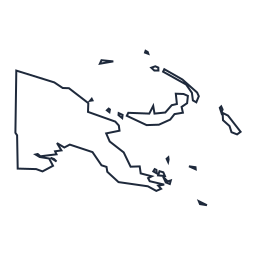 map outline of Papua New Guinea (orthographic projection)
{"feature_id": "PNG", "entity_name": "Papua New Guinea", "entity_type": "country or territory", "adm_level": 0, "iso_a3": "PNG", "parent_name": "Oceania", "parent_adm1": "", "projection": "orthographic", "projection_center": [148.76, -6.492], "detail": "medium", "context": "isolated", "style": "outline", "palette": "slate", "viewbox_px": 256, "rotation_deg": 0, "n_neighbors": 0, "source": "natural_earth", "source_scale": "50m", "svg_char_len": 1879}
<svg xmlns="http://www.w3.org/2000/svg" viewBox="0 0 256 256"><path d="M17.7,168.6L17.1,135.3L15.4,132.8L16.3,70.6L54.3,82.4L62.7,88.0L68.9,88.2L88.3,103.1L88.0,111.9L115.3,121.6L118.8,125.5L119.5,130.7L106.2,133.4L109.7,141.5L123.7,152.4L130.6,166.7L139.7,166.4L140.7,173.4L151.8,176.3L148.1,178.1L149.7,181.2L164.2,184.6L158.2,185.6L161.1,188.8L156.3,190.9L147.9,186.3L118.5,182.1L107.3,171.8L106.5,166.9L101.5,165.3L92.5,152.1L69.8,144.6L64.3,147.5L57.0,143.1L61.4,150.4L55.1,151.3L56.5,154.3L40.4,156.3L37.7,154.0L35.6,154.5L39.7,157.0L49.1,158.5L53.0,165.8L42.5,171.4L36.2,169.1L17.7,168.6ZM175.8,93.7L183.6,94.0L187.9,95.9L187.1,103.2L181.6,106.9L182.9,112.7L174.5,114.1L170.2,119.6L158.9,124.7L146.6,125.1L126.8,115.8L128.3,112.8L149.3,113.6L153.2,105.9L154.5,113.6L165.3,112.5L171.7,105.2L176.9,104.0L175.8,93.7ZM240.6,131.8L237.1,134.4L231.5,132.2L229.5,126.0L223.0,120.2L222.6,112.9L228.0,115.6L240.6,131.8ZM196.3,102.3L192.9,100.4L191.9,92.8L186.1,84.5L163.1,71.7L164.3,69.2L182.4,79.5L197.1,92.5L198.8,96.2L196.3,102.3ZM101.5,60.2L113.3,61.4L99.9,63.7L101.5,60.2ZM159.5,171.2L163.3,172.3L164.9,176.0L158.1,175.4L159.5,171.2ZM158.4,70.5L154.3,70.5L151.3,67.7L155.3,66.3L158.3,67.6L158.4,70.5ZM167.6,181.4L170.8,180.4L169.8,184.0L165.8,182.4L163.1,176.7L167.6,181.4ZM189.0,166.3L195.5,167.2L195.7,169.3L189.0,166.3ZM198.8,201.2L206.9,205.2L200.0,204.1L198.8,201.2ZM122.2,118.1L118.5,115.1L118.7,113.1L122.6,114.9L122.2,118.1ZM156.8,173.4L153.3,171.4L154.7,169.1L156.4,169.9L156.8,173.4ZM221.4,112.7L219.8,107.8L221.2,106.4L222.6,109.5L221.4,112.7ZM109.4,112.2L106.9,110.3L108.7,108.6L109.9,109.5L109.4,112.2ZM148.3,53.8L145.0,52.6L145.6,50.8L147.7,52.0L148.3,53.8ZM92.5,100.4L90.0,100.8L91.7,98.8L92.5,100.4ZM168.1,162.0L166.6,158.8L168.3,157.3L168.6,159.5L168.1,162.0ZM54.1,159.1L56.5,161.5L50.5,157.7L54.1,159.1Z" fill="none" stroke="#1e293b" stroke-width="2"/></svg>